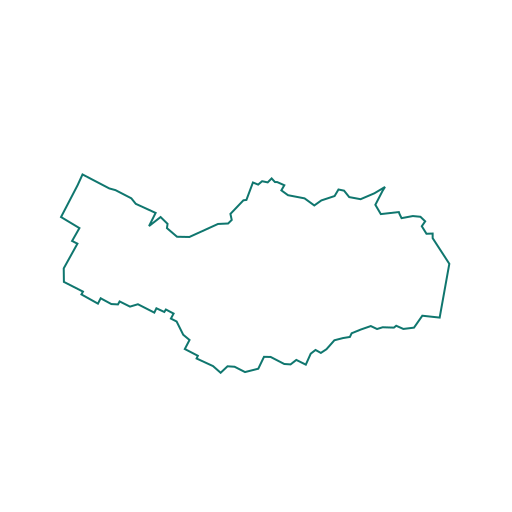 Lake, California, United States of America, rotated 297°
{"feature_id": "52423323B37417643745911", "entity_name": "Lake", "entity_type": "district", "adm_level": 2, "iso_a3": "USA", "parent_name": "United States of America", "parent_adm1": "California", "projection": "equal_earth", "projection_center": [-122.747, 39.124], "detail": "fine", "context": "isolated", "style": "outline", "palette": "teal", "viewbox_px": 512, "rotation_deg": 297, "n_neighbors": 0, "source": "geoboundaries", "source_scale": "gbopen_adm2", "svg_char_len": 1488}
<svg xmlns="http://www.w3.org/2000/svg" viewBox="0 0 512 512"><g transform="rotate(297 256 256)"><path d="M202.2,64.6L200.7,86.0L185.9,85.3L185.9,91.3L157.7,90.3L145.7,96.6L145.7,118.0L142.5,117.9L141.8,136.8L147.8,136.8L147.5,148.9L150.2,155.0L153.6,155.1L153.7,166.7L159.4,172.7L159.4,191.1L164.2,191.0L164.5,199.7L167.4,200.0L167.3,208.7L161.6,208.6L161.6,215.0L152.8,226.9L151.0,234.9L140.8,234.8L140.7,249.5L137.7,249.6L138.4,267.7L135.9,277.5L144.8,280.7L147.6,287.2L147.6,298.9L156.6,309.2L169.8,308.9L172.7,314.9L172.6,330.2L175.1,336.0L181.7,339.1L181.8,349.7L193.8,349.1L199.3,351.7L199.1,357.8L204.9,361.1L216.5,364.1L222.4,370.8L226.5,376.4L230.6,376.3L238.1,382.8L245.7,390.1L245.9,397.0L250.0,401.2L254.8,411.4L257.5,412.6L257.9,420.4L263.9,429.3L278.3,431.3L284.5,447.6L336.8,431.8L352.1,405.3L356.2,403.2L353.2,397.8L357.8,390.2L363.7,391.0L365.6,384.7L362.8,377.6L355.8,368.5L358.6,364.8L360.0,363.3L350.0,348.2L355.8,339.1L371.5,339.2L376.1,339.6L365.6,333.0L354.1,323.4L350.8,312.3L354.2,304.8L352.7,299.3L345.1,298.8L335.2,289.0L327.5,285.0L329.4,273.1L324.7,256.9L326.0,248.8L331.9,249.1L331.5,241.4L330.5,239.3L332.2,234.7L326.9,233.0L325.4,227.5L320.6,225.5L320.1,219.9L301.6,222.0L299.9,219.5L281.9,214.1L277.1,218.0L272.3,216.4L267.3,207.6L242.7,188.0L237.3,176.9L240.4,164.0L244.5,162.6L247.4,153.3L234.1,147.1L248.8,147.0L247.9,125.2L250.8,118.7L250.9,100.9L249.6,94.6L249.9,64.4L238.1,64.9L202.2,64.6Z" fill="none" stroke="#0f766e" stroke-width="2"/></g></svg>